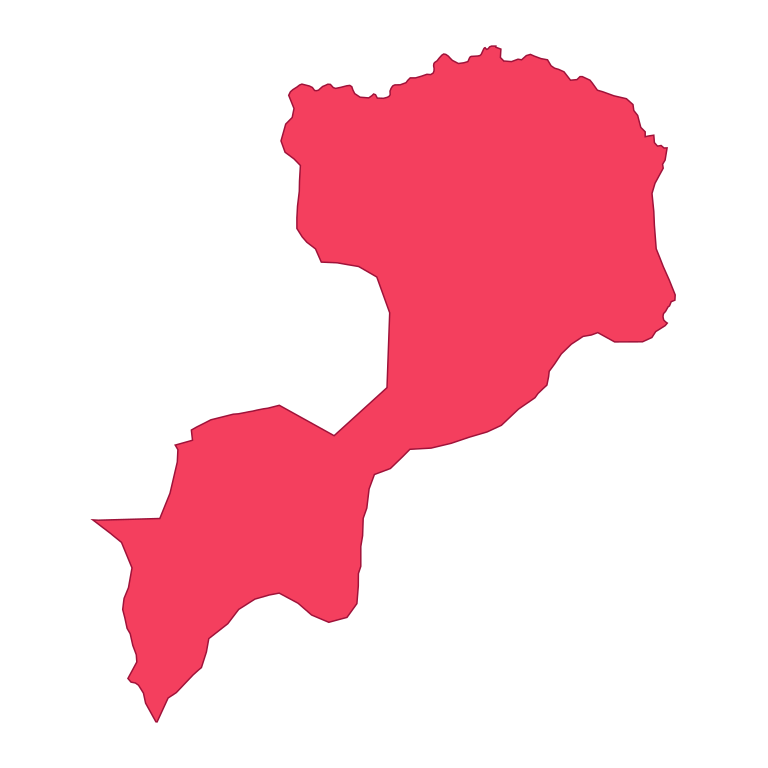 Magama, Niger, Nigeria (orthographic projection)
{"feature_id": "59680162B40491222708573", "entity_name": "Magama", "entity_type": "district", "adm_level": 2, "iso_a3": "NGA", "parent_name": "Nigeria", "parent_adm1": "Niger", "projection": "orthographic", "projection_center": [4.963, 10.29], "detail": "fine", "context": "isolated", "style": "filled", "palette": "rose", "viewbox_px": 768, "rotation_deg": 0, "n_neighbors": 0, "source": "geoboundaries", "source_scale": "gbopen_adm2", "svg_char_len": 3547}
<svg xmlns="http://www.w3.org/2000/svg" viewBox="0 0 768 768"><path d="M92.8,519.9L94.0,520.8L103.4,528.0L110.5,533.4L114.0,536.3L121.5,542.4L132.0,567.9L128.5,587.6L124.1,598.3L123.7,601.1L122.7,609.5L124.9,618.1L127.1,628.4L130.2,633.7L132.8,645.4L135.1,651.5L136.3,654.8L136.8,662.0L133.2,668.7L127.9,678.5L131.0,682.1L135.4,683.0L138.5,685.2L143.2,692.7L143.4,692.9L145.6,703.2L155.9,721.8L157.1,721.9L168.1,698.0L176.3,692.6L193.0,675.0L198.4,670.1L201.4,667.6L206.4,652.0L208.8,638.6L227.8,623.7L238.7,609.4L254.9,599.1L269.2,595.0L279.2,593.1L298.0,603.2L311.6,615.0L328.8,622.3L339.1,619.5L347.0,617.4L356.9,603.6L358.3,586.0L358.4,574.1L358.4,573.6L360.8,566.3L360.8,546.5L362.6,535.7L363.2,518.3L366.8,508.1L369.1,488.9L374.4,474.5L390.4,468.5L402.8,456.5L409.9,449.3L431.1,448.1L451.2,443.3L468.9,437.3L487.2,431.9L501.4,425.3L518.5,409.1L535.0,397.7L538.0,393.5L543.1,388.6L546.9,385.1L548.6,376.7L549.2,371.3L554.5,364.1L561.3,353.9L571.3,344.2L583.1,336.4L591.3,335.0L597.8,332.6L614.6,341.9L642.5,341.8L651.9,337.5L655.7,331.6L665.2,325.6L667.3,323.1L665.5,321.8L663.7,320.0L663.0,316.9L663.2,315.0L663.6,313.5L665.5,311.5L668.0,307.0L669.5,305.9L671.2,301.7L674.9,300.2L675.2,294.9L669.2,279.9L663.3,266.7L659.7,257.5L656.2,248.8L654.4,225.4L653.8,211.5L652.0,193.5L655.0,183.3L663.2,168.2L662.6,164.2L665.1,160.1L667.1,147.9L664.0,148.0L661.1,145.5L657.5,146.1L654.4,142.6L653.8,135.2L649.0,135.9L645.2,136.7L645.2,131.8L640.8,127.4L639.0,120.6L637.7,115.5L633.8,110.5L633.0,104.6L626.4,98.7L613.9,95.8L602.6,91.7L597.4,90.2L592.4,83.2L590.0,80.2L582.3,76.6L580.0,76.6L577.0,79.6L570.5,80.2L568.2,77.2L564.0,71.8L558.7,69.4L554.6,68.2L551.1,65.8L547.5,59.8L541.0,58.6L534.5,56.2L530.4,54.4L526.3,55.6L521.6,59.8L518.0,59.2L511.5,61.6L504.0,61.0L503.9,61.1L500.4,57.5L500.9,49.1L495.8,47.2L495.9,46.1L495.6,46.1L491.5,46.1L489.7,46.8L488.4,48.4L488.0,48.8L486.8,49.4L486.2,48.9L485.9,48.7L485.1,47.7L484.5,47.9L483.9,48.6L483.6,49.2L483.4,49.6L481.2,54.4L481.1,54.5L480.0,55.5L477.9,56.0L471.3,56.4L470.3,56.8L469.4,58.1L469.2,58.6L467.9,61.6L463.7,62.8L458.5,63.5L457.6,63.1L455.9,62.2L452.4,60.4L450.3,58.3L448.3,56.1L445.8,54.4L443.7,54.0L441.8,55.2L439.1,58.2L437.1,60.8L434.5,62.6L434.1,63.4L433.8,63.9L433.6,65.9L434.1,68.4L434.0,70.9L433.2,73.0L430.7,74.6L426.9,74.3L421.4,76.2L415.5,77.9L410.2,77.9L407.8,80.3L406.0,82.7L400.2,84.8L394.9,84.9L393.0,85.7L392.0,86.9L390.9,88.7L390.9,88.9L390.0,91.1L390.2,94.6L389.8,95.3L389.1,96.3L387.3,97.3L383.6,98.3L377.3,98.1L375.5,94.7L373.6,94.0L372.0,95.6L368.7,97.9L364.0,97.5L360.1,97.2L354.7,93.6L352.9,90.0L351.8,86.7L349.8,85.4L346.7,85.8L340.9,87.3L335.6,88.4L333.3,87.6L330.4,84.4L327.8,84.2L325.5,85.3L322.6,86.5L320.0,88.8L318.5,90.2L316.3,90.7L314.6,90.5L312.4,87.5L309.4,86.0L301.9,84.1L299.6,85.0L297.0,87.0L292.9,89.6L290.5,91.7L290.1,92.4L288.7,95.3L294.0,108.5L292.2,117.5L291.9,117.8L291.0,118.7L285.7,124.1L285.6,124.5L281.0,140.9L285.1,152.3L294.0,158.9L300.4,165.5L299.5,181.2L299.3,191.3L297.5,206.3L297.2,212.3L296.9,217.7L296.9,228.5L302.2,236.9L306.9,242.3L315.5,248.9L321.3,262.1L337.2,262.8L347.9,264.7L358.6,266.5L376.8,277.0L389.7,312.8L387.0,387.6L386.6,388.0L334.1,435.7L279.3,405.3L267.9,408.2L263.6,408.8L257.0,410.1L252.8,411.1L248.7,411.8L245.3,412.5L238.4,413.8L233.2,414.2L226.9,415.8L218.5,417.9L210.9,419.8L201.9,424.4L196.7,427.0L191.4,430.0L191.4,430.5L192.5,440.2L192.0,440.4L175.2,445.1L175.6,445.7L177.9,449.7L177.3,462.0L170.0,493.3L159.8,518.5L159.7,518.5L98.3,520.2L92.8,519.9Z" fill="#f43f5e" stroke="#9f1239" stroke-width="1.5"/></svg>